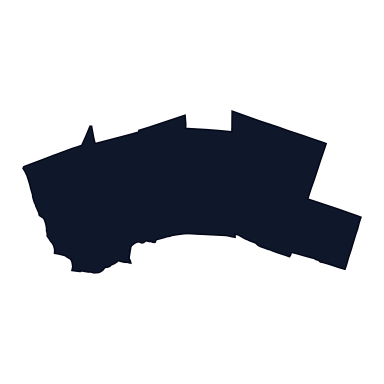 outline of Rojiste, Dolj, Romania
{"feature_id": "2599482B74221959783433", "entity_name": "Rojiste", "entity_type": "district", "adm_level": 2, "iso_a3": "ROU", "parent_name": "Romania", "parent_adm1": "Dolj", "projection": "mercator", "projection_center": [23.915, 44.025], "detail": "fine", "context": "isolated", "style": "filled", "palette": "ink", "viewbox_px": 384, "rotation_deg": 0, "n_neighbors": 0, "source": "geoboundaries", "source_scale": "gbopen_adm2", "svg_char_len": 4266}
<svg xmlns="http://www.w3.org/2000/svg" viewBox="0 0 384 384"><path d="M345.0,269.3L345.1,269.1L346.7,264.1L348.6,257.3L350.4,251.9L351.3,249.2L352.9,243.7L355.7,234.5L357.7,228.6L359.2,222.7L361.0,217.2L356.1,215.4L347.0,212.2L338.5,209.2L314.2,201.1L307.7,199.0L308.6,196.2L310.9,189.0L314.4,179.1L317.1,170.9L320.5,160.4L324.3,149.3L326.2,143.6L322.6,142.3L311.9,138.7L303.7,135.8L288.2,130.7L278.0,127.0L260.3,121.2L253.0,118.6L244.9,115.7L239.4,113.7L232.1,111.1L232.1,114.4L232.0,122.5L232.0,126.9L231.9,129.3L231.9,131.8L229.0,131.5L219.3,130.6L206.6,129.6L185.6,128.4L185.8,124.8L185.6,121.7L185.4,119.0L185.1,115.2L149.1,127.2L138.8,130.4L138.8,132.0L130.6,134.3L123.8,136.1L109.3,139.9L95.1,143.6L93.6,137.3L92.2,129.7L91.6,126.2L90.0,126.2L87.4,132.5L84.9,138.4L81.7,145.4L71.9,148.6L53.5,155.4L36.8,161.8L23.9,166.6L23.0,168.3L25.0,171.5L27.0,175.6L29.3,182.9L30.1,185.8L31.0,189.5L31.8,192.2L32.3,193.8L32.6,195.0L32.6,195.6L32.7,196.7L33.6,200.1L34.4,202.5L35.3,204.2L35.7,205.9L36.6,207.8L37.8,210.6L38.9,213.1L39.0,214.0L39.0,214.5L39.3,215.2L39.5,215.5L40.4,216.1L41.7,217.0L42.7,217.6L43.4,218.1L44.1,219.2L45.1,221.7L45.8,224.0L46.2,226.2L46.6,228.7L46.5,230.5L46.8,231.7L47.0,232.6L47.2,233.4L47.2,234.1L47.2,235.1L47.1,235.7L47.3,236.3L48.3,237.7L49.3,239.1L49.9,240.1L50.6,241.3L51.7,242.4L52.5,243.6L53.2,244.8L53.6,245.6L53.9,246.5L54.1,247.5L54.5,248.7L54.6,249.6L54.6,250.6L54.6,251.7L54.6,252.5L54.5,253.3L56.5,253.6L58.5,254.0L60.8,254.5L63.8,255.3L65.2,255.7L65.8,256.1L66.7,256.8L67.6,257.4L69.2,258.3L70.1,258.7L70.5,259.3L71.1,259.9L71.6,261.1L72.0,262.1L72.3,263.9L72.5,264.8L72.7,266.7L72.6,267.5L72.3,268.5L72.2,269.5L71.9,270.5L78.0,271.3L79.0,271.4L79.7,271.5L80.5,271.5L80.9,271.2L81.0,270.8L86.2,271.7L88.3,272.0L89.1,272.1L89.8,272.0L90.2,272.0L90.8,272.0L91.4,272.2L92.1,272.4L93.1,272.6L93.4,272.8L94.0,272.9L94.6,272.8L95.1,272.8L96.8,272.7L97.6,272.6L98.2,272.6L98.5,272.6L98.8,272.5L99.1,272.4L99.3,272.3L100.9,271.5L101.7,271.0L103.1,269.9L103.4,269.3L103.8,269.0L104.2,268.4L104.5,268.1L104.7,267.9L104.9,267.6L105.3,267.4L105.5,267.3L105.9,267.3L106.4,267.3L107.3,267.2L107.8,267.1L108.2,266.9L108.5,266.9L108.9,266.7L109.3,266.5L109.9,266.2L110.2,266.0L110.5,265.7L110.7,265.4L111.0,265.1L111.4,264.9L112.7,264.3L113.5,264.0L114.3,263.6L115.0,263.2L115.9,262.6L116.8,262.0L117.8,261.1L118.2,260.8L118.5,260.8L118.8,260.8L119.4,261.0L120.8,261.4L122.2,261.8L122.8,261.9L124.1,262.2L125.0,262.3L126.5,262.3L127.4,262.3L127.8,262.4L128.0,262.5L128.3,262.6L128.5,262.6L128.8,262.7L129.0,262.8L129.4,262.9L130.0,263.0L130.5,263.0L130.8,263.1L130.7,262.5L130.6,261.9L130.2,260.7L129.9,260.0L129.5,259.3L129.2,258.5L129.2,257.7L129.2,257.0L129.7,254.0L130.1,251.4L130.5,249.0L130.8,247.2L131.4,245.8L132.9,244.6L134.4,243.4L136.0,242.6L136.8,242.2L138.0,241.9L138.4,241.8L139.2,242.0L139.7,242.1L140.5,242.4L141.2,242.8L141.7,242.9L142.3,242.9L142.8,242.7L143.2,242.7L143.7,242.5L144.2,242.1L144.8,241.7L145.2,241.3L145.5,241.1L145.7,240.9L146.1,240.9L146.3,240.9L146.5,240.9L146.8,241.0L147.1,241.0L147.6,241.2L147.9,241.2L148.2,241.3L148.6,241.3L149.6,241.6L150.2,241.6L150.9,241.5L151.5,241.7L152.2,242.1L153.2,242.3L154.1,242.4L154.8,242.4L155.2,242.2L155.4,241.7L155.7,240.7L156.0,240.1L156.7,239.5L157.8,239.3L158.5,239.1L160.1,238.7L164.1,237.6L166.9,236.7L169.6,236.3L172.3,235.4L176.0,234.8L182.9,233.9L184.2,233.7L185.5,233.7L186.7,233.6L187.8,233.6L191.4,233.7L194.1,233.9L199.7,234.2L201.8,234.3L202.5,234.3L222.1,235.3L224.8,235.4L226.6,235.6L228.9,236.0L230.9,236.5L234.3,237.2L235.1,237.3L235.0,234.3L237.0,234.6L237.9,234.8L238.4,235.0L239.6,235.6L241.8,236.9L243.7,238.0L245.2,238.8L246.2,239.3L247.0,239.5L247.6,239.7L248.2,240.1L249.9,240.9L251.6,241.5L253.0,242.0L254.1,242.5L254.9,242.7L255.5,243.0L256.0,243.4L256.7,244.0L257.4,244.8L258.6,245.7L261.2,246.9L264.2,247.9L268.0,249.3L270.3,249.9L271.8,250.6L273.9,251.4L278.7,253.1L281.2,253.9L285.0,255.1L287.7,256.1L289.5,256.7L289.6,256.3L290.0,255.9L290.2,255.7L290.4,255.4L290.8,254.3L291.3,252.3L296.6,253.6L304.2,255.8L311.5,257.8L313.9,258.3L314.7,258.8L315.4,259.3L317.0,259.9L318.6,260.3L320.0,261.7L321.1,262.2L322.3,262.3L327.2,263.7L332.3,265.3L337.6,267.1L341.9,268.4L345.0,269.3Z" fill="#0f172a" stroke="#020617" stroke-width="1.5"/></svg>